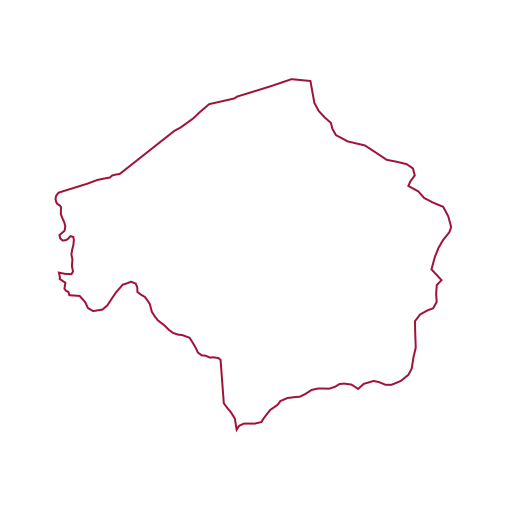 Sibu, Sarawak, Malaysia (orthographic projection), rotated 349°
{"feature_id": "92858781B78222049981806", "entity_name": "Sibu", "entity_type": "district", "adm_level": 2, "iso_a3": "MYS", "parent_name": "Malaysia", "parent_adm1": "Sarawak", "projection": "orthographic", "projection_center": [111.821, 2.297], "detail": "fine", "context": "isolated", "style": "outline", "palette": "rose", "viewbox_px": 512, "rotation_deg": 349, "n_neighbors": 0, "source": "geoboundaries", "source_scale": "gbopen_adm2", "svg_char_len": 2215}
<svg xmlns="http://www.w3.org/2000/svg" viewBox="0 0 512 512"><g transform="rotate(349 256 256)"><path d="M330.9,406.0L337.3,402.1L347.6,401.1L352.6,403.2L358.5,407.1L364.4,408.3L374.3,406.3L382.9,401.7L387.3,396.4L391.2,385.6L395.3,376.5L397.6,362.0L399.6,350.3L406.0,344.7L413.9,342.1L420.0,341.1L424.6,335.5L425.6,327.6L427.9,319.0L433.5,315.1L425.7,302.6L431.6,290.7L436.8,282.7L442.7,276.0L450.3,269.6L453.1,264.8L452.3,253.7L449.1,243.4L440.0,237.4L432.0,231.0L427.6,223.5L418.9,216.3L421.7,212.3L427.2,207.2L426.8,200.0L421.3,194.5L412.5,190.5L402.6,186.5L392.2,176.2L383.9,168.2L368.0,161.1L357.6,152.7L355.3,146.0L354.9,139.6L349.7,132.8L345.3,125.7L342.5,116.9L342.8,95.9L342.8,94.6L341.5,94.2L324.6,89.2L302.5,92.2L267.8,95.9L265.0,97.2L239.0,98.0L229.0,103.6L220.7,108.9L206.2,115.6L199.7,117.6L137.8,149.5L134.3,149.3L130.2,149.5L127.6,151.1L123.7,151.0L119.4,151.0L114.7,151.1L103.8,152.9L78.9,155.6L74.2,156.2L71.2,158.9L70.1,161.7L70.1,164.3L70.6,166.6L73.0,169.0L74.0,171.0L73.2,173.9L72.4,178.0L73.2,182.2L74.2,186.3L74.5,190.2L73.0,194.6L67.0,198.0L67.2,201.4L69.1,203.9L72.2,204.2L74.6,203.4L77.7,201.1L80.3,202.4L80.3,205.3L79.0,209.9L76.8,214.6L75.1,219.2L75.1,224.5L73.4,230.7L73.4,236.3L71.4,238.6L64.8,237.0L59.4,234.7L59.4,239.6L58.9,241.1L63.8,245.9L61.7,251.5L63.0,254.1L65.0,255.4L65.3,258.9L75.2,261.5L79.5,268.6L81.1,275.0L85.6,279.0L95.0,279.3L100.6,276.2L106.2,270.4L111.3,265.3L119.7,258.7L122.8,258.4L128.4,257.4L132.7,260.2L133.5,264.5L132.7,268.6L135.3,271.6L139.1,275.0L140.8,278.5L142.6,282.8L142.9,287.7L143.1,291.0L144.9,295.3L144.9,295.8L145.9,297.4L147.2,300.2L153.1,307.0L156.4,311.9L159.9,315.7L164.3,318.2L168.8,319.7L175.2,323.6L177.2,328.7L179.5,335.3L180.5,339.6L183.8,343.2L187.4,344.2L191.5,347.0L194.5,347.2L199.6,349.0L201.4,351.3L196.3,394.3L198.4,398.9L200.4,402.5L201.7,405.0L202.9,408.1L204.2,411.6L203.9,422.8L207.0,419.5L212.1,418.2L216.4,419.0L222.8,420.3L229.7,420.0L232.7,416.7L237.0,412.9L240.6,409.8L248.7,406.3L252.3,403.0L259.9,401.4L267.3,401.9L272.2,402.5L278.0,400.9L284.9,398.1L291.2,397.9L297.6,399.1L302.4,400.2L308.8,399.4L313.6,397.6L318.2,398.1L325.1,400.4L327.9,403.0L330.9,406.0Z" fill="none" stroke="#9f1239" stroke-width="2"/></g></svg>